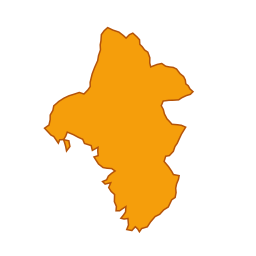 the district of Rafard, São Paulo, Brazil, rotated 222°
{"feature_id": "56859067B95573729606060", "entity_name": "Rafard", "entity_type": "district", "adm_level": 2, "iso_a3": "BRA", "parent_name": "Brazil", "parent_adm1": "São Paulo", "projection": "natural_earth1", "projection_center": [-47.586, -23.044], "detail": "fine", "context": "isolated", "style": "filled", "palette": "amber", "viewbox_px": 256, "rotation_deg": 222, "n_neighbors": 0, "source": "geoboundaries", "source_scale": "gbopen_adm2", "svg_char_len": 1866}
<svg xmlns="http://www.w3.org/2000/svg" viewBox="0 0 256 256"><g transform="rotate(222 128 128)"><path d="M168.1,76.2L168.8,80.1L170.4,84.3L164.2,86.5L158.8,87.8L154.1,89.3L150.0,87.4L143.6,90.3L139.5,87.5L137.4,93.6L135.0,90.6L131.7,87.5L133.9,83.7L125.8,81.5L120.1,81.9L116.9,83.9L113.0,86.9L108.9,87.4L109.9,83.1L110.4,79.1L109.2,75.2L111.1,71.2L107.5,71.0L104.2,75.8L102.5,70.8L98.1,69.6L93.5,69.6L88.8,64.1L84.2,62.0L81.5,58.5L78.8,60.9L78.0,64.6L77.0,68.2L73.6,63.9L73.1,60.3L72.9,56.2L70.0,57.7L67.5,60.7L62.7,56.2L61.0,51.7L56.5,54.4L56.5,59.5L53.3,59.5L50.1,58.5L50.6,62.4L47.5,67.5L48.4,73.1L48.6,80.3L46.7,85.1L46.7,91.0L45.2,96.2L47.5,103.9L46.5,107.9L49.0,112.1L52.3,115.2L54.5,119.0L56.2,123.7L58.1,126.8L63.1,123.8L66.5,125.0L72.1,126.4L78.8,127.3L81.1,132.2L78.8,135.2L78.7,141.0L80.7,145.6L81.2,149.5L82.4,153.3L84.2,159.2L85.7,167.2L90.2,165.7L93.6,163.4L97.8,160.2L101.3,160.6L105.2,160.9L110.3,162.8L114.2,165.4L118.2,166.8L119.9,171.6L116.2,175.9L113.0,178.9L109.2,182.8L108.3,186.4L106.4,191.0L104.2,194.7L104.0,198.5L108.1,198.5L111.5,199.7L114.6,199.5L117.5,202.0L121.1,203.4L125.8,203.2L131.4,204.3L134.9,203.3L138.0,201.1L141.4,199.1L146.1,198.5L148.9,194.7L152.0,188.6L155.3,190.8L158.8,194.8L164.0,197.6L167.9,197.1L171.7,197.9L175.2,198.1L178.5,201.3L182.3,201.7L187.9,201.7L189.4,198.3L189.6,193.5L193.1,193.6L198.9,193.2L204.9,190.6L210.3,189.0L210.8,184.4L210.3,179.6L206.3,174.5L204.3,171.2L200.7,167.6L198.3,162.0L195.6,157.8L193.3,150.7L190.8,144.2L186.7,136.6L183.8,133.5L183.3,129.7L183.5,123.8L188.0,121.8L190.6,117.2L193.4,112.5L195.6,107.3L197.2,101.5L198.0,94.8L195.6,90.8L194.5,85.6L191.4,82.1L188.7,77.3L189.9,72.0L185.0,71.6L180.6,71.2L177.5,72.0L169.6,70.1L170.9,73.6L168.1,76.2ZM168.1,76.2L165.2,74.6L162.0,72.6L158.3,69.8L158.8,75.4L163.4,78.9L168.1,76.2Z" fill="#f59e0b" stroke="#b45309" stroke-width="1.5"/></g></svg>